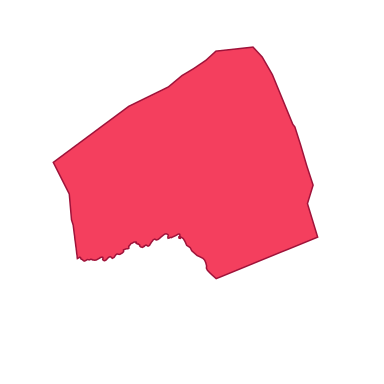 the district of San Sebastián Teitipac, Oaxaca, Mexico, rotated 57°
{"feature_id": "50627088B95051750999200", "entity_name": "San Sebastián Teitipac", "entity_type": "district", "adm_level": 2, "iso_a3": "MEX", "parent_name": "Mexico", "parent_adm1": "Oaxaca", "projection": "equal_earth", "projection_center": [-96.625, 16.948], "detail": "fine", "context": "isolated", "style": "filled", "palette": "rose", "viewbox_px": 384, "rotation_deg": 57, "n_neighbors": 0, "source": "geoboundaries", "source_scale": "gbopen_adm2", "svg_char_len": 3066}
<svg xmlns="http://www.w3.org/2000/svg" viewBox="0 0 384 384"><g transform="rotate(57 192 192)"><path d="M298.3,111.2L264.6,101.5L252.2,86.7L238.6,83.1L233.3,81.7L231.2,81.1L230.2,80.8L211.7,75.3L193.5,70.3L190.1,70.6L137.4,60.7L117.0,59.6L103.7,61.9L86.9,95.2L89.1,108.4L89.4,123.6L88.9,136.9L91.0,154.6L85.7,198.3L90.6,276.5L91.6,292.2L126.8,296.0L149.7,308.2L155.1,309.7L162.7,313.4L165.3,314.6L165.7,314.8L165.9,315.0L166.5,315.2L167.4,315.7L168.6,316.3L169.4,316.6L170.0,316.9L170.2,317.0L170.4,317.1L171.7,317.7L171.8,317.8L172.7,318.2L172.9,318.3L173.1,318.4L173.6,318.7L174.1,318.9L174.3,319.0L176.1,319.8L177.2,320.4L177.3,320.4L177.6,320.6L178.1,320.8L179.1,321.3L179.4,321.5L180.1,321.8L180.6,322.1L181.3,322.4L181.7,322.6L182.0,322.7L183.1,323.2L183.4,323.4L183.8,323.6L184.1,323.8L184.3,323.9L184.5,324.0L185.4,324.4L185.6,321.5L186.5,321.2L186.8,321.4L187.5,321.6L188.2,321.4L188.5,321.0L189.8,320.6L190.6,320.4L191.3,319.9L191.6,318.6L191.6,316.6L191.8,316.4L193.1,314.9L193.2,313.7L193.7,313.3L193.8,312.9L194.3,312.5L194.8,312.4L195.7,311.3L196.2,310.8L196.9,309.3L197.2,304.9L197.0,304.7L197.6,302.9L198.3,302.4L198.9,302.7L199.4,303.0L199.5,303.2L200.0,303.7L200.8,303.6L201.9,303.0L202.3,301.6L202.2,301.4L202.2,300.9L202.0,300.1L201.8,299.3L201.6,298.6L201.5,298.2L201.5,297.8L201.4,297.1L201.6,295.9L201.9,295.6L202.4,295.5L202.9,295.2L204.2,295.0L204.4,293.0L204.1,292.2L203.3,290.5L203.1,288.6L203.3,288.3L203.8,288.0L204.5,287.2L205.0,286.5L205.2,283.7L204.8,281.9L204.4,281.6L204.2,281.5L203.2,281.0L203.3,280.5L203.6,279.3L203.7,278.4L204.7,276.6L204.8,275.6L203.0,274.6L203.0,273.8L202.0,271.3L202.3,270.3L202.4,268.6L202.4,268.0L203.2,266.6L203.4,266.6L203.6,266.1L204.0,266.1L204.0,266.6L204.5,266.8L206.0,266.0L206.2,265.7L206.4,265.2L206.6,265.2L207.0,265.3L207.3,265.0L207.7,264.8L208.1,264.7L208.4,264.9L208.7,265.1L209.1,265.2L209.5,265.1L210.0,265.0L211.5,263.7L211.5,263.1L211.6,261.9L211.3,261.9L211.4,259.6L211.6,259.3L212.1,259.1L212.5,258.8L213.2,258.6L213.6,258.0L213.6,256.6L213.0,255.6L212.8,255.0L212.2,253.8L212.0,253.4L211.8,252.7L211.5,251.7L211.1,250.9L211.0,250.6L211.2,248.9L211.5,248.7L212.0,248.4L212.6,248.3L212.8,248.1L213.3,246.5L213.3,246.2L213.2,244.1L213.0,243.5L212.5,239.0L212.5,238.0L212.7,237.0L213.0,236.6L213.3,236.1L213.7,235.9L214.1,235.7L214.5,235.5L214.7,235.4L215.1,235.4L215.5,235.6L216.5,236.7L216.7,236.9L217.0,237.0L217.5,237.0L217.8,237.2L218.1,236.5L218.4,234.7L218.7,234.3L219.0,234.2L219.2,232.6L219.7,229.4L219.8,226.6L220.0,226.2L220.3,225.6L220.8,225.3L222.2,226.0L222.3,226.7L222.5,227.5L223.4,228.0L223.9,227.8L224.5,227.1L224.1,226.7L223.7,225.9L226.3,224.7L229.2,224.8L231.0,225.0L231.4,225.1L233.8,225.5L237.7,223.8L240.9,224.2L241.2,224.2L248.1,222.3L249.6,221.3L250.9,220.5L253.7,218.9L256.1,218.5L258.9,219.0L261.9,220.0L263.7,221.4L266.0,221.7L269.4,221.1L272.3,220.4L277.8,218.9L278.7,214.5L281.7,198.6L283.2,190.7L286.2,174.7L287.7,166.8L288.9,160.5L290.7,150.9L292.3,142.9L293.8,135.0L295.3,127.1L298.3,111.2Z" fill="#f43f5e" stroke="#9f1239" stroke-width="1.5"/></g></svg>